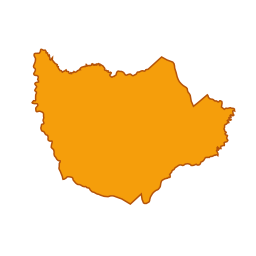 outline of Tapurah, Mato Grosso, Brazil, rotated 8°
{"feature_id": "56859067B52383005137557", "entity_name": "Tapurah", "entity_type": "district", "adm_level": 2, "iso_a3": "BRA", "parent_name": "Brazil", "parent_adm1": "Mato Grosso", "projection": "orthographic", "projection_center": [-56.556, -12.574], "detail": "fine", "context": "isolated", "style": "filled", "palette": "amber", "viewbox_px": 256, "rotation_deg": 8, "n_neighbors": 0, "source": "geoboundaries", "source_scale": "gbopen_adm2", "svg_char_len": 5695}
<svg xmlns="http://www.w3.org/2000/svg" viewBox="0 0 256 256"><g transform="rotate(8 128 128)"><path d="M151.4,53.0L139.7,67.1L138.3,67.5L137.5,67.9L137.1,68.8L136.5,69.4L134.3,69.3L133.2,69.7L131.1,71.1L130.2,71.1L129.4,71.6L128.6,73.5L126.3,75.2L125.7,75.5L124.8,75.4L123.0,74.3L122.1,74.4L120.6,75.0L119.9,75.5L118.8,76.0L117.8,75.6L116.1,73.8L114.9,73.2L113.4,72.9L112.4,73.1L110.3,73.0L109.6,73.6L109.2,74.4L108.9,75.4L108.9,76.5L108.6,77.4L107.8,77.9L107.2,78.8L106.4,78.9L105.3,79.8L104.4,79.9L103.8,79.3L102.8,78.7L102.5,78.0L103.6,76.5L103.7,75.6L102.9,75.2L102.1,75.6L100.6,75.4L100.6,74.3L99.8,74.2L99.1,74.5L98.4,73.9L97.4,74.1L96.7,73.6L96.7,72.2L94.6,70.1L91.6,68.8L91.4,70.0L90.8,69.6L90.5,68.8L90.0,68.3L88.6,69.0L88.4,69.9L87.7,70.1L87.5,69.3L86.1,70.4L85.3,69.7L84.8,70.5L84.2,70.1L83.7,69.4L83.1,69.8L83.0,70.9L81.6,71.7L80.9,71.4L78.9,72.3L78.5,71.3L77.8,70.9L77.7,71.6L77.9,72.3L77.5,72.8L76.8,73.3L76.2,73.0L75.7,73.4L74.0,74.1L73.4,74.5L72.7,75.2L72.4,75.9L72.7,76.8L71.8,76.7L71.4,77.6L70.0,78.3L69.6,79.0L68.8,79.7L67.9,80.2L66.6,79.6L66.3,80.6L65.3,80.8L64.7,81.1L64.6,82.0L63.9,82.0L63.5,81.4L63.0,82.1L62.2,82.0L61.7,81.4L61.3,80.5L59.4,80.4L58.6,79.1L57.8,79.8L57.3,80.5L56.4,80.8L55.2,81.8L53.9,80.5L52.8,80.6L51.9,79.6L51.2,79.0L50.3,77.7L50.4,76.9L49.5,76.8L48.9,76.0L49.1,75.1L46.4,74.0L46.0,73.2L45.1,73.0L44.6,72.1L43.6,71.4L43.4,68.8L41.8,71.4L41.0,71.0L40.8,69.2L40.2,68.4L40.2,67.4L39.8,66.7L39.1,67.5L38.2,66.0L37.8,64.8L36.6,65.0L36.3,64.5L36.3,63.6L35.1,62.4L33.5,62.8L31.5,62.1L30.8,62.3L30.5,63.2L30.7,64.1L29.9,66.1L28.9,66.5L26.2,66.9L25.4,67.2L24.9,67.7L24.8,68.9L25.2,69.9L26.7,71.9L26.9,73.4L26.9,75.4L25.8,79.9L26.1,80.8L26.5,81.4L27.5,81.9L28.0,82.5L28.2,83.4L28.1,84.6L27.3,86.7L27.1,87.5L27.5,88.2L28.1,88.6L29.0,88.8L30.5,88.7L31.4,89.1L32.0,89.7L32.1,90.7L31.8,92.5L32.8,93.8L33.0,94.8L32.0,95.3L31.0,95.6L30.3,96.0L29.8,96.5L29.6,97.3L30.4,98.3L31.2,98.9L31.8,99.7L31.7,100.6L31.2,101.4L30.6,103.0L30.5,103.8L30.9,104.3L32.3,105.2L32.5,106.2L32.0,108.0L32.1,109.3L32.4,111.7L32.7,112.9L32.5,113.9L30.7,114.1L29.5,116.1L29.9,116.7L30.7,116.8L31.9,116.9L34.2,116.6L34.9,116.7L35.5,117.6L35.5,118.5L34.1,120.6L33.9,121.3L34.3,123.2L34.6,124.1L35.5,124.6L37.8,123.7L38.8,123.7L40.8,124.2L41.7,124.7L42.3,125.5L42.5,126.2L42.7,128.0L43.2,129.6L42.8,132.1L43.0,132.8L43.9,134.4L44.0,135.2L43.6,135.8L42.9,136.0L42.2,136.3L41.9,136.9L41.9,138.5L41.7,139.5L41.8,140.5L42.0,141.1L42.8,142.6L43.4,143.0L45.0,143.3L45.9,144.1L47.0,145.6L47.7,146.1L49.1,146.4L49.6,146.8L50.2,148.1L50.3,150.2L50.9,151.4L52.6,151.9L53.6,151.6L54.5,151.6L54.9,152.5L54.6,155.4L54.6,157.7L55.3,158.4L57.0,159.6L57.6,160.3L58.2,162.1L58.3,163.7L58.6,164.8L59.1,165.9L60.5,167.1L61.7,168.7L62.9,169.6L63.7,170.0L65.3,169.9L65.6,170.9L64.9,172.6L65.3,176.2L65.2,176.9L65.3,177.7L65.6,178.4L66.9,180.2L69.7,185.1L70.4,187.1L70.8,187.9L71.8,187.6L73.4,186.4L74.5,185.0L75.1,184.6L77.4,184.5L79.3,184.7L80.1,185.2L80.5,185.8L80.7,186.6L81.2,187.4L83.9,189.8L85.3,190.6L86.1,190.9L87.8,190.8L88.9,191.0L91.2,192.0L92.9,192.2L94.2,191.9L94.8,192.2L95.7,192.8L97.7,192.9L98.6,193.7L99.2,194.6L100.8,195.8L101.5,196.2L103.4,196.4L105.0,197.1L106.8,197.7L108.0,197.7L110.5,198.4L113.9,199.0L117.8,198.8L119.3,198.1L120.3,197.6L122.6,197.3L123.6,197.4L131.7,199.1L140.9,203.0L150.3,191.5L151.9,196.8L153.8,200.0L154.9,200.4L156.6,200.2L158.7,198.6L159.2,198.1L159.5,197.0L159.5,195.4L159.9,193.0L161.4,189.4L162.8,187.5L164.4,185.9L165.8,185.1L166.6,184.4L167.7,182.5L168.1,181.4L168.2,177.6L168.6,175.8L169.4,174.7L170.3,174.2L171.6,173.0L172.3,173.0L173.5,172.3L174.2,172.2L175.1,171.2L176.1,171.2L176.6,170.6L176.2,168.8L175.7,168.1L176.3,167.4L176.9,166.2L177.4,165.5L177.5,164.4L178.1,163.5L178.9,163.1L179.4,162.6L179.8,161.4L180.6,160.4L181.5,159.7L183.3,158.0L184.3,157.4L185.7,157.2L187.4,157.5L188.2,157.2L189.8,155.7L192.3,155.0L194.4,155.3L195.2,155.7L195.7,156.3L196.8,156.2L198.2,155.8L200.6,154.4L201.4,154.9L202.4,155.0L203.3,154.7L204.0,154.3L204.5,153.5L205.0,151.6L205.6,151.1L206.5,150.7L207.5,149.4L208.1,148.1L208.5,147.0L209.4,146.2L210.4,146.3L211.1,145.9L212.5,145.9L213.1,145.1L214.0,144.6L215.1,144.5L216.7,143.5L217.3,142.9L218.1,142.9L218.9,142.3L219.9,142.3L220.8,142.8L220.8,141.6L220.4,140.4L219.4,138.8L218.8,138.2L219.0,137.5L220.5,137.4L220.9,136.5L220.2,135.8L219.4,136.1L218.9,135.4L219.3,134.4L220.7,135.3L221.8,135.5L222.9,135.4L222.5,134.2L222.5,133.2L224.8,132.1L225.8,131.9L225.7,130.8L225.2,129.3L225.9,128.6L227.8,127.8L228.6,126.5L228.3,125.8L227.7,125.3L227.1,124.3L227.2,123.1L227.6,121.8L227.0,121.3L226.2,121.4L225.4,120.8L224.9,120.2L225.2,119.4L225.9,119.0L225.5,118.3L224.5,117.9L224.0,117.2L223.8,116.3L223.2,115.7L223.2,115.0L223.5,114.2L223.3,111.9L223.8,111.0L224.7,110.6L225.4,109.8L225.8,108.9L226.4,108.9L227.1,108.6L226.9,107.9L225.3,107.0L225.7,106.3L226.6,106.0L228.4,106.0L229.0,105.5L228.5,105.0L227.7,104.8L226.9,104.8L226.5,103.8L227.5,103.0L228.5,103.1L228.3,102.0L227.4,101.3L228.0,100.6L229.4,100.9L230.2,101.3L231.0,100.5L230.6,99.8L230.0,99.4L229.9,98.6L229.4,97.2L229.6,96.2L230.4,96.1L231.2,96.3L230.9,95.5L230.8,94.5L230.1,94.0L229.3,93.9L227.7,94.0L226.4,93.7L224.3,94.6L223.4,94.8L222.5,94.7L221.8,95.0L220.8,96.1L217.6,94.2L217.7,90.9L217.7,90.2L217.2,88.7L215.8,88.2L215.0,88.3L214.4,89.3L213.6,89.7L211.9,88.9L210.5,89.1L209.6,88.8L208.6,88.1L207.8,87.8L205.8,87.8L204.7,87.5L203.4,86.4L202.6,84.7L201.9,84.1L193.4,93.6L189.8,97.4L186.9,92.7L185.1,87.1L184.2,85.8L182.4,84.0L181.7,82.7L181.2,80.9L180.2,79.9L176.7,78.3L174.6,76.9L172.5,75.1L171.0,73.1L169.5,70.4L168.1,66.8L165.9,62.2L165.4,60.0L164.6,57.9L163.1,56.5L157.2,55.2L151.4,53.0Z" fill="#f59e0b" stroke="#b45309" stroke-width="1.5"/></g></svg>